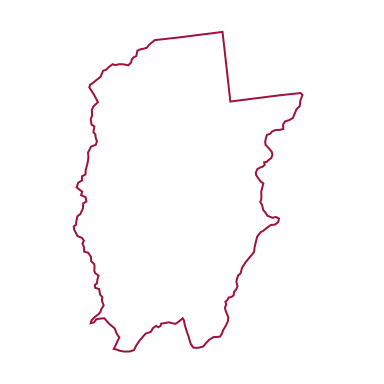 outline of Novo Horizonte do Oeste, Rondônia, Brazil, rotated 353°
{"feature_id": "56859067B86111440649548", "entity_name": "Novo Horizonte do Oeste", "entity_type": "district", "adm_level": 2, "iso_a3": "BRA", "parent_name": "Brazil", "parent_adm1": "Rondônia", "projection": "albers", "projection_center": [-62.087, -11.689], "detail": "fine", "context": "isolated", "style": "outline", "palette": "rose", "viewbox_px": 384, "rotation_deg": 353, "n_neighbors": 0, "source": "geoboundaries", "source_scale": "gbopen_adm2", "svg_char_len": 2820}
<svg xmlns="http://www.w3.org/2000/svg" viewBox="0 0 384 384"><g transform="rotate(353 192 192)"><path d="M202.2,339.0L204.4,336.3L206.1,332.9L209.3,328.8L211.8,324.7L212.8,320.9L210.9,313.9L210.6,310.9L212.2,307.8L211.8,305.0L213.9,303.6L215.5,301.2L218.1,301.1L220.7,299.7L221.5,296.5L224.4,293.5L225.7,290.9L225.1,286.7L226.1,283.7L227.7,280.3L230.1,278.9L231.1,276.8L232.2,273.6L235.1,270.1L236.6,268.2L239.3,265.8L241.6,263.5L243.7,261.7L246.3,259.0L247.5,254.1L251.3,244.1L255.6,240.0L257.8,239.3L261.7,236.9L266.4,234.3L270.3,234.5L273.9,232.4L275.1,228.9L272.2,227.0L268.8,227.4L264.0,224.8L262.7,222.0L260.5,218.5L260.0,213.4L258.5,210.4L259.8,207.8L260.4,204.6L260.7,200.2L263.9,192.1L261.5,190.0L259.4,186.3L257.7,183.0L257.7,180.5L259.8,177.1L262.8,176.0L265.2,175.5L267.4,174.0L267.2,171.3L269.9,171.2L271.9,169.6L274.8,168.0L276.4,164.6L276.0,161.8L273.9,158.4L270.7,154.0L270.8,150.8L272.1,147.2L273.3,144.5L277.0,143.6L278.6,141.8L282.3,140.7L287.0,141.0L290.3,140.6L290.6,136.2L292.9,133.3L297.6,132.4L301.2,130.8L303.8,126.2L305.8,122.6L309.3,120.0L310.1,117.2L310.5,114.8L312.1,111.7L313.5,109.3L311.9,107.0L298.6,106.8L288.3,106.7L257.7,106.8L241.1,106.9L241.8,36.8L228.9,36.9L213.8,36.9L199.2,37.0L173.6,36.7L167.5,40.5L164.7,43.3L161.4,43.9L159.0,43.9L155.0,45.1L153.3,50.3L150.4,51.2L148.3,53.2L147.5,55.9L144.2,58.5L139.1,56.8L135.4,56.3L131.2,56.7L128.9,55.5L124.9,57.7L121.6,60.2L118.6,60.8L115.2,66.6L111.6,68.7L107.4,71.4L103.9,73.2L102.8,75.6L106.6,83.5L108.1,87.4L109.6,91.4L104.5,95.1L102.6,98.3L102.2,103.8L100.3,107.5L100.5,112.9L103.1,115.1L101.4,120.5L103.1,123.0L103.0,126.4L103.8,130.0L102.3,133.4L97.3,134.7L93.6,140.2L93.4,145.2L91.9,150.4L89.0,157.9L88.4,161.6L84.7,163.0L84.3,167.0L80.1,169.0L78.0,173.4L83.1,178.4L81.5,181.5L85.7,184.3L86.0,188.6L82.6,190.0L81.8,195.0L78.3,200.5L75.3,202.1L73.7,206.7L72.7,210.6L70.5,211.7L70.5,215.1L73.0,221.8L77.3,224.2L78.7,227.1L77.0,229.9L78.1,233.7L77.7,238.0L81.6,239.7L83.8,244.1L83.5,248.3L86.1,251.6L86.2,254.0L85.4,258.5L86.2,261.0L89.1,263.6L87.6,266.9L86.5,271.1L84.2,272.4L84.2,275.3L88.0,277.0L88.3,282.7L90.2,285.4L89.3,288.9L90.5,293.8L87.9,297.0L86.3,300.1L83.9,302.2L81.0,303.7L76.5,307.2L75.5,309.9L78.9,309.4L81.5,306.6L85.8,306.5L89.5,306.6L93.9,312.9L98.7,318.0L99.6,322.0L100.7,325.0L102.2,327.4L99.3,331.9L97.5,334.8L95.2,338.3L98.8,339.5L101.0,340.8L105.1,342.1L110.7,342.7L115.1,341.9L117.9,337.6L121.9,333.0L128.7,326.9L134.0,325.8L136.9,322.2L140.0,320.5L142.1,322.1L144.4,321.2L145.4,318.9L149.3,318.8L153.0,318.5L156.3,319.8L159.5,320.9L163.4,318.8L167.4,316.2L168.4,318.6L168.5,321.6L169.1,326.0L170.0,330.9L170.9,334.5L171.3,337.6L172.3,342.7L174.4,346.6L177.1,347.2L180.4,347.3L184.3,346.7L187.5,343.7L191.1,340.7L195.7,338.6L198.9,338.9L202.2,339.0Z" fill="none" stroke="#9f1239" stroke-width="2"/></g></svg>